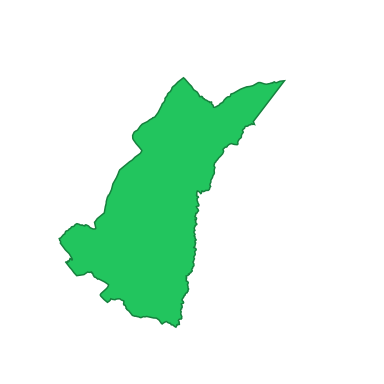 Nachingwea, Lindi, United Republic of Tanzania, rotated 140°
{"feature_id": "72390352B76457855664867", "entity_name": "Nachingwea", "entity_type": "district", "adm_level": 2, "iso_a3": "TZA", "parent_name": "United Republic of Tanzania", "parent_adm1": "Lindi", "projection": "robinson", "projection_center": [38.431, -10.327], "detail": "fine", "context": "isolated", "style": "filled", "palette": "green", "viewbox_px": 384, "rotation_deg": 140, "n_neighbors": 0, "source": "geoboundaries", "source_scale": "gbopen_adm2", "svg_char_len": 6125}
<svg xmlns="http://www.w3.org/2000/svg" viewBox="0 0 384 384"><g transform="rotate(140 192 192)"><path d="M49.7,217.8L53.4,220.3L57.0,221.4L58.0,222.6L58.1,223.4L59.1,223.8L59.9,223.6L60.3,224.1L60.9,224.0L61.3,224.6L62.6,225.0L65.8,226.8L67.2,228.5L69.1,231.6L69.6,232.2L70.6,233.0L71.5,233.3L77.0,234.3L79.7,235.6L82.5,237.4L85.8,238.6L88.9,239.6L96.8,241.0L99.2,242.0L101.1,240.8L101.7,240.8L103.5,241.9L105.1,242.1L108.1,241.8L110.3,241.0L111.5,241.2L112.0,241.0L113.4,241.6L115.3,241.1L119.5,242.0L120.5,242.5L121.0,243.1L120.1,245.0L120.3,246.2L120.2,247.0L119.9,247.6L119.3,248.1L119.2,248.4L120.0,249.0L120.9,249.3L120.7,250.2L121.4,251.1L121.8,252.8L122.7,254.3L122.7,255.6L123.2,256.1L123.3,256.7L123.0,257.1L122.9,258.5L123.1,259.0L123.6,258.9L123.9,259.2L124.4,260.2L124.8,260.3L124.3,261.8L123.8,265.1L125.0,269.4L124.4,273.3L124.7,276.7L124.8,283.4L125.1,285.0L132.2,285.3L135.4,284.9L137.6,284.8L138.1,285.0L140.1,284.8L141.5,283.8L144.0,282.9L146.2,283.0L147.9,282.7L148.7,281.9L152.5,281.1L153.6,279.7L155.5,278.9L158.2,278.6L159.9,277.6L167.0,274.6L172.4,273.3L174.4,274.1L174.9,273.9L177.9,274.5L180.9,274.6L186.5,276.0L189.2,275.7L194.0,274.4L196.1,274.9L197.9,275.0L201.1,273.5L202.8,271.3L203.3,270.0L203.7,265.0L203.6,259.9L203.7,256.1L204.5,255.6L206.7,254.8L213.4,255.3L217.2,254.9L220.4,255.3L233.1,255.4L234.9,254.6L237.1,253.3L240.8,251.5L247.3,249.1L252.1,245.6L256.2,243.6L257.6,243.1L258.3,243.3L259.0,242.6L260.0,242.5L263.7,239.9L265.0,238.5L267.3,236.8L267.2,237.0L272.6,232.4L281.7,232.5L285.0,231.6L286.1,231.5L288.6,226.7L289.0,226.1L289.5,225.9L289.9,226.0L291.5,227.2L293.0,230.2L293.1,232.4L294.1,234.7L294.9,235.4L295.9,234.9L296.9,236.3L297.4,237.5L297.9,237.5L298.8,238.6L299.2,239.8L300.5,241.7L302.3,242.1L304.8,241.6L305.9,242.4L306.8,242.7L308.5,242.2L310.0,242.6L310.7,242.3L311.8,242.3L313.5,243.0L314.4,242.9L316.6,241.6L317.7,242.0L322.2,241.2L323.6,241.7L324.0,240.6L324.3,240.2L324.4,239.9L324.2,239.6L324.5,238.6L324.8,238.0L325.7,237.5L326.2,229.1L325.7,223.8L326.8,217.5L327.3,217.0L327.6,217.1L327.9,217.6L327.8,218.5L328.2,219.4L330.6,218.1L331.1,218.8L331.6,218.9L332.2,218.5L332.4,217.9L332.7,218.0L333.3,219.4L333.8,219.4L334.1,212.1L334.0,210.1L334.3,205.8L334.1,202.0L327.9,198.2L323.4,197.8L322.5,196.6L321.5,195.8L320.6,195.6L320.4,194.9L320.8,194.4L320.4,193.6L321.1,191.8L321.4,189.6L320.6,188.4L320.2,185.8L319.4,185.5L316.8,179.4L315.5,174.7L316.9,173.6L319.3,173.0L326.9,172.7L328.0,172.4L328.5,172.0L328.8,170.8L328.7,169.4L328.5,166.2L327.7,161.8L325.5,161.6L324.2,161.7L322.8,162.4L322.1,161.1L320.2,158.9L319.2,158.8L317.3,157.7L315.9,156.5L315.5,154.6L314.8,153.5L314.6,152.9L314.3,152.7L314.3,152.3L315.7,150.7L316.4,150.3L316.7,149.0L316.2,148.7L316.1,148.0L316.6,146.1L317.3,145.4L317.1,144.7L317.4,144.1L317.3,143.4L316.8,141.2L317.0,135.8L315.8,133.8L314.5,132.6L314.1,131.7L313.4,131.2L312.3,129.0L311.5,128.4L309.5,127.9L308.3,126.6L306.7,125.8L302.5,120.3L300.3,118.2L299.5,114.9L299.9,111.2L299.7,110.1L297.7,110.0L295.0,109.4L294.6,108.4L294.5,107.6L293.5,105.8L293.0,105.3L293.2,103.6L292.1,102.4L291.8,100.3L291.2,98.8L290.3,99.1L289.1,99.9L288.8,99.5L288.3,99.4L287.7,99.6L287.6,99.2L286.8,98.7L285.7,100.2L285.8,100.6L285.2,101.0L285.0,102.4L283.8,102.7L282.8,102.3L281.9,101.6L280.9,101.9L280.7,102.6L280.0,102.9L279.3,104.8L279.4,105.2L278.3,106.6L277.3,107.1L277.1,108.2L276.8,108.6L276.2,109.0L276.0,109.4L275.0,109.2L274.2,110.3L273.7,110.0L272.8,111.0L272.8,111.6L272.2,113.1L270.0,112.4L269.5,112.7L269.1,113.7L269.3,115.1L268.5,116.2L266.0,116.8L265.2,117.5L264.9,117.3L263.9,117.6L263.4,117.5L262.9,118.1L262.1,118.3L261.8,118.2L260.9,118.4L260.4,118.0L259.2,118.8L258.8,118.6L258.2,119.3L257.3,119.6L257.2,120.1L256.8,120.2L256.7,121.2L256.0,121.9L255.0,124.0L254.7,124.3L254.2,124.2L253.1,125.0L252.9,126.4L253.6,127.3L253.1,128.3L251.8,129.3L252.0,129.5L251.9,129.8L251.1,130.1L251.1,130.4L250.7,130.8L250.5,131.4L248.8,130.7L247.8,130.9L247.4,131.3L247.0,130.7L246.3,131.2L244.9,131.0L244.6,131.3L244.2,131.1L243.6,131.3L242.9,131.2L242.4,131.6L242.1,132.6L241.5,133.1L240.2,133.4L239.6,134.1L238.2,134.2L237.7,134.5L236.7,135.9L236.4,137.6L235.8,138.0L235.2,138.0L234.1,138.9L233.1,139.2L232.6,140.8L232.2,141.3L229.9,141.9L229.4,142.4L228.3,144.6L226.0,145.0L225.6,145.6L225.5,146.4L225.9,147.6L226.3,148.0L226.2,148.5L224.9,148.5L222.3,150.4L222.0,150.6L222.3,151.0L222.2,151.2L221.1,152.6L220.7,152.8L220.4,152.5L219.6,152.6L219.3,154.8L218.5,155.7L218.6,157.0L217.3,157.3L216.9,157.6L216.6,159.7L215.6,160.7L214.5,160.6L213.9,162.4L212.8,163.4L211.8,163.6L211.1,164.3L209.5,164.0L209.1,164.1L208.8,164.6L208.9,166.3L207.9,167.2L207.5,168.6L207.2,169.0L206.5,168.1L205.7,168.6L205.3,169.2L205.3,170.0L205.6,170.7L205.6,171.3L203.8,172.1L203.0,173.1L202.6,173.2L202.2,172.8L201.7,172.7L200.3,173.3L199.1,173.4L198.5,174.9L198.5,176.3L198.1,178.0L196.6,177.6L196.0,177.0L195.1,177.5L194.8,178.1L194.4,180.2L193.9,181.0L193.7,182.0L192.3,183.7L191.4,183.9L190.5,183.8L190.2,184.6L190.7,185.5L190.9,185.6L190.9,186.1L190.7,186.5L190.0,186.8L189.9,187.3L189.5,187.5L188.5,188.8L187.7,188.9L187.3,189.3L187.0,189.1L186.4,187.8L186.3,185.4L185.9,185.6L185.7,185.1L184.7,185.6L183.9,186.4L183.6,186.3L182.8,184.8L181.3,184.4L180.7,184.5L178.5,182.8L177.2,182.8L176.5,183.1L175.5,184.0L174.2,184.2L173.8,185.9L173.3,186.4L171.1,187.5L170.0,188.9L167.1,189.9L165.2,191.2L164.0,191.4L162.6,192.2L161.3,194.1L160.5,194.9L158.6,196.1L158.4,197.9L156.0,199.7L154.2,199.8L153.4,200.3L152.0,200.3L149.4,201.0L147.2,201.1L143.9,201.6L141.8,202.7L141.4,203.2L141.0,204.6L140.6,204.8L137.8,205.0L136.6,204.2L135.8,204.2L135.2,204.6L133.2,204.6L132.1,204.4L130.6,203.7L129.5,201.9L128.6,200.8L127.0,199.2L126.3,199.1L125.5,199.8L124.9,200.9L124.6,201.1L121.8,202.1L120.0,202.0L118.9,202.3L117.9,203.5L116.4,204.3L114.6,204.7L114.2,205.0L113.9,206.6L113.2,207.0L111.9,207.2L111.2,207.0L110.5,207.2L109.8,207.8L109.1,207.9L108.4,207.7L107.7,207.0L106.6,206.6L105.3,206.6L104.5,206.3L103.7,205.7L103.1,206.0L102.3,205.9L102.0,204.7L100.9,204.1L100.7,203.7L99.7,206.6L49.7,217.8Z" fill="#22c55e" stroke="#15803d" stroke-width="1.5"/></g></svg>